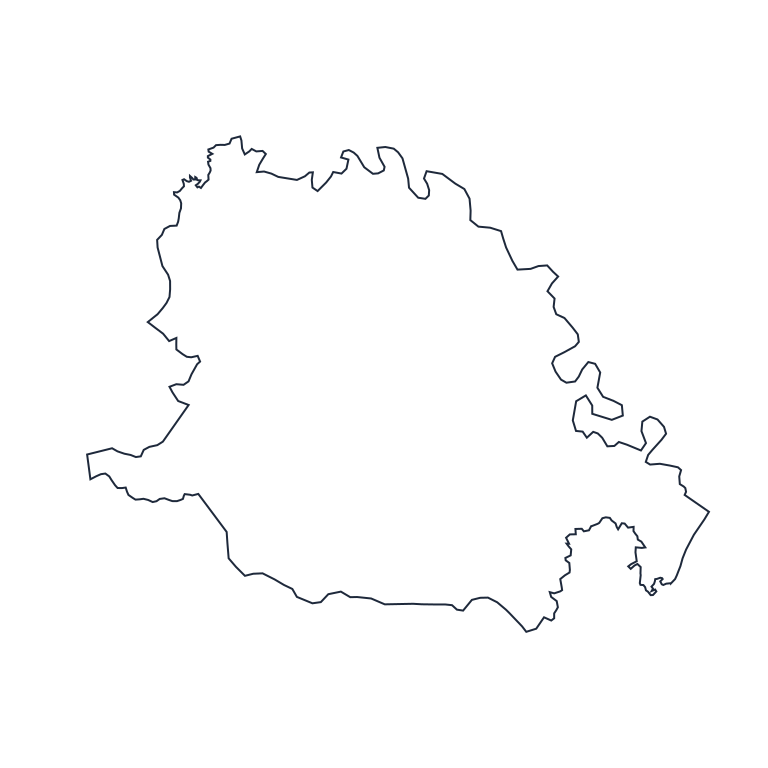 Ledang, Johor, Malaysia, rotated 262°
{"feature_id": "92858781B19407525562459", "entity_name": "Ledang", "entity_type": "district", "adm_level": 2, "iso_a3": "MYS", "parent_name": "Malaysia", "parent_adm1": "Johor", "projection": "albers", "projection_center": [102.644, 2.275], "detail": "fine", "context": "isolated", "style": "outline", "palette": "slate", "viewbox_px": 768, "rotation_deg": 262, "n_neighbors": 0, "source": "geoboundaries", "source_scale": "gbopen_adm2", "svg_char_len": 5080}
<svg xmlns="http://www.w3.org/2000/svg" viewBox="0 0 768 768"><g transform="rotate(262 384 384)"><path d="M301.0,184.8L259.4,207.6L248.3,206.8L233.0,205.9L223.6,211.9L213.4,219.6L214.3,228.1L213.4,237.4L205.7,248.5L198.9,257.0L193.8,264.7L185.3,268.1L176.8,282.6L176.8,291.1L183.6,299.6L184.4,312.4L177.6,320.9L176.8,327.7L173.4,341.4L165.7,354.1L162.3,382.2L160.6,390.8L158.9,401.8L157.2,413.8L155.5,420.6L150.4,424.8L148.6,430.8L158.0,441.0L158.9,449.5L158.0,457.2L152.1,465.7L143.5,473.4L140.1,476.0L124.8,487.0L118.8,490.4L120.5,500.7L130.7,510.0L126.5,516.7L128.3,519.9L133.2,520.6L135.9,523.0L138.7,525.1L145.0,524.8L149.9,519.9L154.8,519.2L153.0,523.4L154.1,529.6L155.1,531.7L157.9,531.7L166.3,531.4L169.4,536.6L171.5,541.5L174.0,542.2L181.0,542.6L184.1,539.4L186.5,539.4L188.3,545.0L194.2,546.4L197.4,544.3L200.5,542.6L200.1,545.0L206.4,542.9L209.2,547.1L208.5,553.0L213.8,553.4L213.1,559.7L210.3,561.4L210.6,566.6L214.4,569.4L214.4,570.1L215.8,576.1L216.5,577.8L220.7,581.6L221.1,585.1L220.0,589.0L217.2,590.4L213.7,593.9L209.9,594.6L207.5,595.6L213.0,600.1L212.3,602.9L207.8,605.7L207.8,610.3L207.8,611.3L203.6,610.6L200.8,612.0L198.0,613.7L194.6,613.7L192.1,616.9L185.8,620.0L185.8,616.5L187.2,610.6L182.3,609.6L173.3,609.6L171.2,603.6L169.4,600.5L166.6,602.6L169.4,606.8L170.5,609.9L167.0,612.7L160.7,611.6L159.0,611.6L151.2,609.6L149.4,610.0L148.8,612.9L146.5,614.3L143.2,614.7L141.6,616.5L137.8,618.7L137.6,621.0L140.7,624.8L142.7,623.9L141.8,620.3L143.9,621.9L146.1,620.7L148.5,623.6L151.0,624.8L153.0,625.4L153.0,627.2L153.7,630.6L153.0,632.4L152.1,632.8L150.1,630.1L147.0,631.2L146.1,632.6L147.0,635.7L146.8,640.4L146.6,640.4L150.3,645.1L153.7,647.3L157.3,649.3L162.4,652.2L169.8,655.4L178.0,660.1L191.6,669.9L205.3,682.4L212.2,688.0L232.3,666.3L235.2,668.1L239.0,667.9L240.8,666.5L243.7,663.0L251.4,663.5L257.4,666.2L260.6,663.5L263.4,655.9L266.6,646.1L267.2,636.3L270.4,632.4L277.0,635.7L281.4,640.6L290.1,651.0L295.5,656.4L302.6,655.3L310.8,649.9L314.6,642.8L310.8,634.6L301.5,632.4L289.0,635.2L282.4,629.2L290.1,616.1L293.9,608.5L290.6,603.5L291.2,596.5L300.4,592.6L305.3,588.8L307.5,584.5L302.6,577.4L309.2,574.1L310.8,567.6L321.7,565.9L340.2,571.9L344.6,582.3L333.7,587.2L325.5,586.1L316.8,604.6L319.5,616.1L329.9,616.6L335.3,609.0L340.8,599.2L350.6,594.8L365.3,599.7L374.6,595.9L377.3,589.4L370.8,582.3L364.2,577.9L359.9,573.6L359.9,564.8L363.7,559.9L372.4,555.6L381.1,553.4L387.1,557.2L390.4,567.0L394.8,578.5L398.6,582.8L406.2,582.8L413.8,578.5L424.2,571.9L429.1,564.3L436.7,562.7L444.9,564.8L453.1,558.8L460.2,564.3L466.2,571.4L471.6,567.0L478.7,562.1L479.3,553.4L477.6,545.2L478.7,532.1L488.0,528.3L502.2,523.9L511.4,522.3L519.1,521.2L524.0,510.9L526.7,499.4L534.3,492.3L543.6,493.9L555.6,494.5L565.9,490.7L572.5,482.5L583.9,471.0L588.8,455.8L581.9,452.2L576.3,454.6L569.7,455.7L564.4,454.6L561.6,450.8L563.7,443.8L574.9,436.1L584.0,436.5L604.9,433.7L611.5,430.2L615.7,426.4L618.5,418.3L618.8,410.3L608.7,411.0L599.0,414.8L595.5,413.5L593.4,407.5L593.7,402.3L601.4,394.6L613.6,389.4L617.4,386.2L620.6,381.7L619.9,376.1L614.3,373.0L611.2,380.0L602.4,376.8L598.3,371.2L601.0,363.2L596.9,360.4L591.6,354.8L584.3,345.1L588.5,340.5L596.2,340.9L603.5,343.0L603.8,339.5L600.7,334.6L598.2,326.2L603.8,308.1L608.0,301.8L611.1,294.8L611.5,287.5L618.5,291.0L624.1,295.5L628.2,299.0L631.7,296.2L632.1,289.9L635.2,285.7L633.1,283.0L630.7,278.1L637.0,276.3L645.0,276.7L649.2,276.0L648.1,267.2L643.6,264.5L642.9,259.6L643.6,255.4L643.9,250.9L641.8,248.1L640.7,242.7L638.5,242.7L635.8,246.0L634.2,241.3L632.7,241.1L630.4,243.3L629.1,243.1L628.6,240.7L625.7,240.7L621.9,242.2L619.5,242.0L617.7,240.9L615.5,239.1L610.8,238.7L609.4,236.6L608.5,234.9L605.9,232.2L603.6,230.0L605.2,228.2L604.7,226.6L607.0,225.3L608.1,227.5L609.9,229.7L611.2,230.6L611.4,229.3L611.9,227.5L614.3,227.0L615.2,225.9L612.8,225.5L613.0,223.7L614.6,222.8L617.0,220.8L615.5,220.6L612.1,221.2L611.4,219.0L612.3,217.0L614.6,214.5L614.1,212.8L610.1,213.6L607.6,213.4L605.9,211.2L603.6,208.7L602.5,205.8L603.2,202.7L600.7,202.5L597.2,206.3L594.3,207.8L591.1,208.3L586.2,207.4L582.0,205.2L579.3,204.5L576.6,203.8L573.3,202.7L569.7,200.7L570.3,194.1L568.1,188.1L562.6,184.8L558.3,179.4L550.7,178.8L531.6,181.0L522.3,185.4L515.8,186.5L507.6,185.4L500.0,183.7L494.5,179.9L490.1,175.6L484.7,169.6L478.2,158.7L471.6,165.2L464.5,172.3L456.4,177.2L458.5,184.8L452.0,183.8L447.1,183.2L441.6,188.7L438.4,192.5L437.3,196.8L437.8,203.4L431.8,205.0L429.6,201.7L420.4,194.7L413.8,190.8L411.1,185.4L412.7,178.3L411.1,171.2L405.1,173.4L395.8,177.8L390.4,187.6L357.7,157.0L355.0,151.0L354.4,142.9L352.2,136.9L346.2,133.1L346.2,128.1L349.0,123.2L351.1,117.2L354.4,110.7L358.2,105.8L355.5,80.2L330.5,80.0L332.7,86.2L334.1,91.1L334.1,95.6L330.7,99.1L326.8,100.8L321.2,103.6L318.1,105.7L317.4,109.9L317.4,113.8L313.2,114.5L309.7,115.5L306.2,119.3L304.1,121.8L303.8,126.0L303.8,129.8L302.0,134.3L299.3,138.5L299.6,142.4L301.4,145.9L301.4,150.7L298.9,155.3L297.5,158.1L296.8,162.6L297.5,166.4L298.2,168.9L301.3,170.3L302.7,171.3L301.3,176.6L300.3,178.6L301.0,184.8Z" fill="none" stroke="#1e293b" stroke-width="2"/></g></svg>